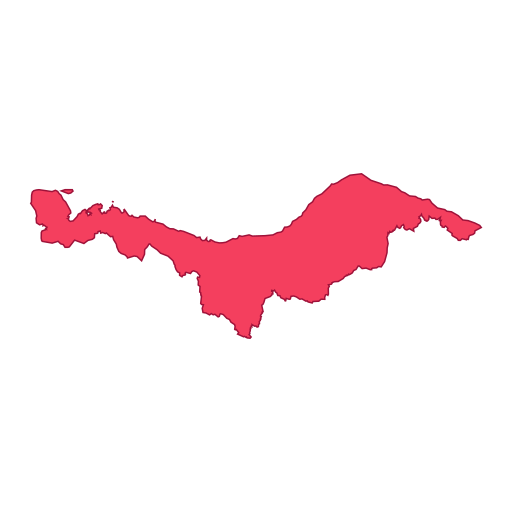 Buleleng, Bali, Indonesia
{"feature_id": "22746128B19337828575841", "entity_name": "Buleleng", "entity_type": "district", "adm_level": 2, "iso_a3": "IDN", "parent_name": "Indonesia", "parent_adm1": "Bali", "projection": "natural_earth1", "projection_center": [114.942, -8.222], "detail": "fine", "context": "isolated", "style": "filled", "palette": "rose", "viewbox_px": 512, "rotation_deg": 0, "n_neighbors": 0, "source": "geoboundaries", "source_scale": "gbopen_adm2", "svg_char_len": 6036}
<svg xmlns="http://www.w3.org/2000/svg" viewBox="0 0 512 512"><path d="M381.2,266.9L384.6,261.6L387.0,252.8L387.2,247.9L388.1,243.6L386.9,237.3L387.8,235.7L388.0,232.8L388.9,233.6L389.7,231.5L390.5,232.3L391.8,232.0L393.0,231.2L392.7,230.9L393.2,230.2L394.5,230.2L396.9,225.8L397.5,227.1L399.6,228.3L400.5,227.8L401.6,225.7L403.4,224.6L404.2,226.5L403.7,227.6L405.3,229.5L406.9,230.0L409.3,228.7L413.8,231.2L413.4,228.4L417.4,226.3L418.4,223.8L419.5,223.4L420.8,221.6L420.7,219.7L420.0,218.5L419.0,218.2L419.4,217.3L419.0,216.8L420.7,215.7L421.5,214.4L421.8,215.8L424.0,218.4L424.6,220.1L426.0,220.4L426.2,221.1L427.4,221.0L428.7,219.6L429.2,216.1L432.0,218.4L434.9,218.1L435.9,219.4L437.7,219.3L440.4,217.3L439.7,220.1L438.8,220.7L441.1,220.4L440.4,221.8L440.5,224.3L440.9,225.4L442.1,226.1L442.2,227.0L444.2,227.4L445.3,226.0L446.2,226.5L447.9,228.3L447.2,230.0L452.2,233.5L451.9,235.0L452.5,235.8L457.2,238.5L458.3,240.3L460.3,240.4L462.2,238.7L466.5,239.8L467.0,239.2L468.2,239.4L469.0,236.2L469.8,235.4L472.9,234.5L474.6,233.2L475.0,230.8L481.3,227.5L479.7,225.4L474.8,223.0L468.1,220.6L462.8,220.0L458.3,215.7L451.5,211.8L446.8,211.2L444.8,209.6L437.5,208.0L431.9,203.1L429.5,199.6L427.6,199.2L422.2,200.0L420.8,198.8L418.0,198.1L415.5,196.5L409.5,195.9L404.8,192.8L401.5,191.6L396.5,187.3L387.5,184.9L383.6,185.0L381.4,183.8L370.9,180.3L361.6,173.8L350.0,175.2L341.7,179.7L337.6,182.6L333.6,184.2L331.6,184.0L330.2,186.0L321.8,193.9L316.9,196.3L314.5,198.3L312.6,201.8L308.8,204.6L305.9,209.8L302.7,213.0L302.3,214.9L301.3,216.2L298.9,217.2L296.5,219.4L292.6,221.4L291.3,224.4L289.8,226.0L287.3,227.0L284.6,227.2L282.5,231.1L280.9,232.1L277.3,232.7L273.0,234.9L265.0,235.7L252.4,236.1L249.1,234.9L242.1,236.4L239.2,235.7L237.5,238.4L235.3,239.0L233.0,238.6L226.0,242.2L222.3,242.8L219.3,242.9L215.0,242.0L210.8,239.8L209.9,240.3L209.9,241.3L208.2,241.5L206.6,240.2L206.6,238.1L204.8,240.4L202.4,240.6L200.7,239.0L200.0,237.1L196.6,237.6L194.0,235.5L183.6,231.4L180.2,230.6L178.7,231.3L173.5,228.9L169.8,228.7L166.4,226.9L163.0,224.1L155.6,222.2L154.9,221.2L155.3,219.1L154.2,221.4L152.7,221.8L148.6,219.2L145.3,216.1L140.1,216.1L139.3,217.3L137.7,217.8L133.8,217.0L132.0,215.3L131.3,216.2L129.8,216.1L128.7,215.6L124.4,209.5L123.8,210.0L124.3,210.7L124.0,211.8L122.5,213.0L121.5,212.9L119.3,209.3L117.1,207.8L113.3,207.2L112.5,205.2L111.1,207.4L109.9,207.7L110.4,209.4L110.0,210.1L109.0,210.6L108.7,210.2L107.0,211.3L106.7,212.8L105.9,213.3L104.3,213.1L104.7,212.2L104.2,211.9L102.1,213.9L100.1,211.4L100.3,210.3L98.9,209.7L98.7,209.0L101.7,208.3L102.2,205.6L100.6,203.9L99.6,204.6L98.1,204.7L97.8,203.8L95.7,204.4L92.9,205.6L90.6,208.0L89.8,208.1L89.7,208.9L88.9,208.6L87.7,210.0L87.6,212.1L90.0,212.2L91.5,213.2L90.5,213.9L90.7,214.5L89.8,214.0L89.4,215.1L88.0,215.7L87.6,214.1L86.0,212.8L86.4,210.5L85.0,209.4L82.5,210.7L80.4,213.6L79.6,213.4L78.3,214.2L77.1,216.6L73.1,220.9L70.3,221.4L68.8,220.3L68.4,218.8L67.8,218.6L68.7,218.2L69.1,216.8L67.8,216.5L68.7,214.8L70.8,213.0L70.5,210.8L65.6,201.9L63.1,199.6L61.0,195.2L59.1,193.6L57.7,191.4L55.4,190.3L52.1,191.6L39.0,189.7L36.3,190.0L33.8,190.7L32.3,192.1L31.6,195.1L31.4,202.3L30.7,203.3L35.6,210.6L36.8,216.0L36.1,218.3L36.5,222.8L39.6,224.8L42.4,224.0L43.2,224.8L43.0,225.7L44.2,225.3L46.6,227.1L47.6,227.2L46.5,227.5L46.5,228.9L46.0,228.3L45.4,228.8L45.3,229.8L42.0,231.0L41.3,232.5L41.2,238.2L41.7,240.8L42.5,241.4L52.2,243.1L58.1,241.3L60.6,243.8L63.3,244.6L65.0,247.3L67.9,247.3L69.3,246.9L74.6,240.1L83.9,243.5L88.0,240.4L92.4,239.3L94.4,237.7L94.7,233.7L97.1,233.4L97.9,232.9L98.0,231.6L100.2,231.0L100.7,233.1L102.7,232.5L105.3,233.6L106.4,233.0L110.5,236.7L112.7,236.4L113.6,239.7L116.3,244.1L116.9,247.1L118.8,251.4L121.1,253.4L125.1,254.9L127.1,256.8L127.5,258.0L134.2,256.0L137.1,256.5L141.6,260.8L144.5,254.3L144.7,249.5L147.3,246.8L149.0,244.0L149.9,243.9L151.7,246.1L157.2,249.8L160.6,253.2L168.0,256.1L173.1,260.8L174.2,264.2L175.1,265.4L175.0,266.6L176.1,269.6L177.6,271.9L179.6,272.8L179.6,275.3L182.0,276.8L182.9,275.4L185.1,275.0L185.5,274.2L185.1,273.2L185.9,272.3L190.5,273.5L191.9,271.5L193.6,270.8L196.9,272.1L199.9,275.7L199.5,277.4L197.6,277.1L197.2,278.4L198.4,281.1L198.2,285.0L200.0,286.4L199.7,292.0L200.7,292.7L200.8,294.6L201.3,295.3L201.0,295.7L201.5,296.4L200.7,303.5L201.6,304.5L203.4,304.7L202.2,308.4L203.0,312.5L206.0,313.0L209.6,314.9L211.2,313.6L213.2,314.8L214.9,314.3L218.1,316.9L219.3,316.4L220.0,314.1L220.6,313.7L223.3,314.6L226.8,318.3L229.5,319.5L230.9,322.1L234.6,324.6L235.1,326.5L234.7,329.3L235.3,329.8L236.2,329.4L238.7,332.6L237.6,334.1L243.6,336.8L244.4,336.4L246.0,337.3L246.4,337.0L247.1,337.9L250.1,338.2L251.1,337.0L249.1,334.6L249.9,333.5L249.6,332.8L250.3,330.6L250.1,329.7L250.8,328.6L250.3,328.1L251.2,326.7L251.8,326.8L251.4,325.9L252.1,325.5L252.0,324.6L254.7,326.2L255.9,326.0L257.1,327.1L258.4,326.6L258.6,324.4L259.5,323.7L259.3,321.5L260.3,320.4L260.3,319.1L260.9,318.9L260.6,318.0L261.3,316.6L260.5,316.1L260.7,315.1L262.3,313.0L262.0,312.2L263.1,311.7L261.7,305.2L262.9,304.4L263.8,302.6L265.0,298.5L270.3,296.5L271.9,294.9L271.9,294.0L272.9,293.9L272.7,291.5L271.7,291.3L271.7,290.4L273.8,290.8L274.6,290.1L275.7,292.2L276.8,292.9L277.8,295.5L279.9,295.7L280.8,297.7L284.3,299.3L285.2,300.9L285.7,300.8L286.2,298.4L289.3,299.3L290.3,299.0L291.0,296.3L293.7,296.0L296.4,296.9L299.8,299.2L302.0,298.9L306.0,301.2L307.1,300.8L308.0,301.9L312.2,303.0L313.0,301.5L318.8,301.2L321.1,299.2L324.8,299.3L324.7,297.4L325.5,294.9L327.0,294.6L327.9,295.3L328.4,294.2L328.3,288.1L329.3,286.3L328.4,284.8L331.3,284.2L332.0,283.5L332.0,282.6L334.5,281.7L338.2,281.5L343.2,278.5L344.6,276.6L346.2,275.9L346.4,275.2L347.6,275.5L348.6,274.2L349.1,274.7L350.6,274.0L352.3,272.9L353.7,270.5L356.0,269.5L358.2,266.0L359.4,266.1L362.1,268.6L366.1,268.1L370.2,269.7L371.7,269.6L371.7,268.7L372.3,268.2L376.7,267.8L378.6,266.5L381.2,266.9ZM72.3,189.7L65.0,189.7L61.3,190.9L68.3,193.6L70.8,193.0L73.0,191.1L72.3,189.7ZM113.2,201.8L112.0,201.3L113.5,202.2L113.2,201.8Z" fill="#f43f5e" stroke="#9f1239" stroke-width="1.5"/></svg>